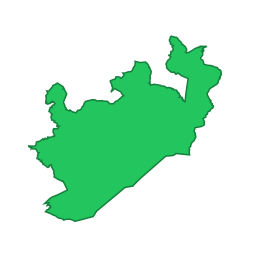 the district of Vicente Guerrero, Puebla, Mexico, rotated 81°
{"feature_id": "50627088B56083749221896", "entity_name": "Vicente Guerrero", "entity_type": "district", "adm_level": 2, "iso_a3": "MEX", "parent_name": "Mexico", "parent_adm1": "Puebla", "projection": "natural_earth1", "projection_center": [-97.21, 18.536], "detail": "fine", "context": "isolated", "style": "filled", "palette": "green", "viewbox_px": 256, "rotation_deg": 81, "n_neighbors": 0, "source": "geoboundaries", "source_scale": "gbopen_adm2", "svg_char_len": 5656}
<svg xmlns="http://www.w3.org/2000/svg" viewBox="0 0 256 256"><g transform="rotate(81 128 128)"><path d="M54.8,71.8L56.5,71.0L58.3,71.5L59.1,72.5L59.2,73.7L62.1,74.4L62.4,74.9L62.5,76.3L62.8,76.3L64.1,74.6L64.5,74.7L66.2,76.1L67.8,78.5L68.8,78.9L69.5,79.8L70.3,80.3L70.9,80.5L71.7,80.2L74.8,80.4L75.6,79.6L76.6,79.3L79.5,76.7L80.1,75.2L80.0,74.0L80.3,73.3L81.7,72.9L82.4,72.2L82.3,71.6L81.4,70.2L84.9,66.8L88.5,60.9L101.1,64.8L111.8,67.8L110.8,67.8L110.4,68.5L109.7,68.7L109.6,69.2L108.7,69.1L108.5,69.8L108.1,70.0L107.3,69.4L106.2,69.9L106.2,70.5L105.6,71.0L105.6,72.3L104.8,71.3L104.3,71.3L103.4,72.0L101.3,72.3L101.2,73.3L100.2,73.3L100.0,73.7L98.6,73.9L98.1,74.4L97.9,75.3L98.0,75.7L97.4,76.6L96.2,77.3L96.4,78.2L95.9,78.2L95.5,78.7L95.6,78.9L95.1,79.3L95.2,79.7L94.8,80.7L94.3,81.3L94.5,83.5L92.9,84.9L92.1,86.3L92.0,88.2L91.0,89.0L90.7,90.4L90.2,91.1L90.1,91.9L88.8,95.6L89.1,96.3L88.9,97.8L89.3,98.9L87.0,100.3L87.1,99.1L83.9,98.9L82.0,98.0L80.6,98.4L77.8,96.8L75.3,96.2L74.8,96.6L72.0,97.2L71.9,97.4L71.5,97.3L71.2,97.8L70.6,97.6L67.5,98.8L66.9,99.2L66.4,100.3L65.6,100.3L65.3,105.7L63.3,110.6L65.0,110.6L68.1,111.8L68.6,112.8L69.9,113.7L70.6,113.9L72.5,115.5L72.7,116.6L72.6,119.4L73.3,122.2L72.9,124.5L74.7,123.7L75.5,123.8L76.6,125.4L77.9,126.6L76.6,128.1L76.0,129.4L75.6,131.8L77.8,133.1L77.8,134.8L78.5,137.6L78.9,138.3L82.7,137.3L83.7,137.4L84.5,137.0L85.5,137.0L87.3,137.4L89.1,138.8L89.5,138.8L88.2,136.7L86.9,135.2L91.2,129.4L93.7,128.6L95.5,127.2L96.0,128.9L99.5,134.1L99.7,135.9L100.9,137.6L101.9,138.5L101.5,139.6L101.5,141.7L100.5,142.4L99.7,143.5L98.6,143.8L98.2,144.9L97.6,148.2L97.0,148.9L96.4,154.6L95.2,155.8L94.7,157.7L94.5,158.4L95.0,165.4L95.4,166.2L96.1,166.6L96.6,167.4L98.0,167.9L99.4,169.1L100.2,170.2L102.0,171.2L103.0,173.8L102.6,174.6L104.9,177.3L104.7,177.9L103.7,179.2L103.7,180.0L101.1,182.6L102.0,183.1L100.9,185.0L100.1,185.7L100.0,187.2L99.8,186.4L98.7,186.0L97.7,186.8L96.9,187.1L95.6,186.9L93.3,187.6L92.1,187.6L84.8,183.2L79.2,185.0L79.3,185.7L78.7,185.1L76.9,185.8L72.6,190.7L73.3,192.6L73.7,192.9L74.1,195.3L75.7,196.4L78.2,199.5L79.2,200.0L78.7,202.4L81.2,201.8L83.2,204.1L84.3,204.2L84.9,203.9L90.2,205.3L89.7,204.4L91.4,204.4L91.8,203.9L91.6,203.1L91.8,202.8L91.3,202.3L91.6,201.0L90.7,200.5L90.9,199.6L90.5,199.3L90.0,199.4L89.7,198.6L90.8,198.2L90.6,197.4L92.3,196.3L92.6,196.4L92.9,197.1L93.6,197.2L93.8,197.7L93.6,198.5L94.7,200.0L95.2,200.2L95.9,199.9L95.5,201.3L95.7,201.8L97.0,201.9L97.2,202.5L99.1,203.3L99.3,204.0L99.5,202.9L102.8,200.7L103.1,201.5L104.4,201.9L105.0,202.4L108.4,202.0L108.3,201.0L108.9,200.5L109.6,199.4L110.5,200.2L110.9,199.9L110.6,199.3L112.3,197.9L112.4,197.4L112.7,197.1L113.5,196.9L114.4,197.9L115.0,198.0L115.4,197.7L115.5,195.6L116.2,196.5L117.6,197.4L117.3,198.7L117.5,200.2L117.0,201.4L117.3,201.8L119.2,202.5L120.9,202.6L122.7,201.9L123.6,202.0L124.1,201.6L124.9,202.1L124.4,203.5L125.1,205.2L124.8,207.0L125.2,207.8L124.7,207.9L124.4,208.8L126.0,209.3L125.9,211.3L125.2,211.5L126.5,213.0L125.3,213.7L127.1,216.8L127.5,220.6L130.7,221.7L131.4,223.5L130.2,228.8L131.0,228.8L131.8,227.5L132.1,226.1L132.5,226.2L132.8,226.9L133.5,227.0L133.1,226.3L133.3,225.8L133.8,225.3L133.9,223.9L134.5,222.4L135.1,221.9L138.4,220.9L138.6,219.8L140.2,221.4L142.6,222.0L143.9,222.7L144.2,222.5L144.5,221.2L145.2,221.3L145.5,220.1L147.4,219.7L147.5,218.6L147.2,218.4L147.6,218.4L147.9,218.8L149.0,217.9L150.4,217.6L150.2,216.9L151.3,216.6L152.2,215.4L153.7,214.3L154.5,213.2L153.7,211.6L153.0,211.8L152.3,211.3L152.4,210.6L152.2,210.3L152.4,209.4L154.0,209.4L154.4,209.6L159.0,207.9L161.1,208.5L162.5,208.0L164.9,208.6L165.5,207.4L166.5,206.8L169.3,202.9L169.7,201.7L170.4,201.5L170.5,200.3L179.8,197.5L183.0,208.0L184.6,214.6L185.6,216.5L189.6,222.2L189.3,217.9L190.8,218.7L191.7,220.1L192.0,220.2L191.7,218.2L192.0,217.5L192.9,217.5L193.2,216.6L193.7,216.7L194.4,216.8L194.8,218.5L195.5,218.3L195.7,218.5L196.2,220.9L197.8,222.6L198.7,220.7L199.7,219.3L199.7,218.9L202.1,215.7L203.6,213.1L205.2,211.7L206.2,210.3L207.5,206.9L208.2,206.2L208.9,206.0L208.5,203.1L209.0,199.5L210.6,196.5L211.9,195.0L210.0,176.2L205.2,172.0L186.4,140.5L186.2,139.4L186.1,132.0L185.2,131.3L179.7,123.7L161.7,95.1L162.2,88.2L161.7,86.2L160.7,84.6L164.2,71.4L160.6,71.3L159.2,70.5L158.2,71.0L157.8,70.8L157.0,70.3L155.9,68.9L154.9,68.8L153.0,67.6L152.4,67.1L150.8,64.7L147.7,62.5L145.7,62.4L145.2,62.8L143.8,62.3L142.1,63.3L138.2,61.8L138.0,55.7L137.7,54.1L136.9,52.4L136.3,52.0L135.1,51.8L134.4,52.1L133.7,51.5L130.5,52.5L129.3,49.4L127.7,49.4L126.9,47.6L124.7,46.6L124.2,46.1L124.2,44.8L123.9,44.3L122.3,43.2L121.5,41.1L120.4,40.4L119.3,40.3L118.5,41.5L118.2,41.5L117.6,41.0L117.2,41.0L116.4,41.8L115.7,41.9L115.0,42.7L114.5,42.7L114.3,41.9L114.1,41.8L113.4,42.0L112.9,42.8L110.3,43.7L107.2,44.6L105.9,44.2L104.0,42.3L102.8,41.9L102.0,41.0L100.6,38.1L100.2,36.8L99.5,35.7L98.8,33.7L97.6,32.3L97.0,31.7L95.4,31.3L93.6,30.1L93.8,29.7L92.8,29.1L92.8,29.7L92.5,29.6L90.5,28.2L90.0,27.4L88.2,27.5L87.5,27.2L85.7,27.5L84.9,28.1L84.7,28.8L83.9,29.7L82.2,30.5L81.2,33.2L80.4,34.0L79.4,36.1L78.2,40.4L76.7,43.1L72.7,43.5L71.6,45.2L71.0,45.4L70.0,45.2L67.6,42.8L64.5,42.5L63.8,43.0L64.2,41.6L63.1,41.0L62.8,41.7L62.3,41.6L62.1,42.1L61.2,42.1L60.6,41.3L60.9,40.8L60.4,40.2L59.8,37.2L58.6,43.6L59.1,43.6L59.2,44.7L59.4,44.6L59.6,45.1L59.1,45.2L59.9,49.0L62.2,54.2L62.8,56.5L62.9,58.2L62.7,58.9L62.2,59.4L60.5,57.9L58.9,57.9L56.4,58.9L54.3,60.8L54.0,60.2L54.1,61.4L51.4,62.2L49.4,63.9L47.2,65.0L46.0,66.0L45.8,67.1L44.1,70.9L44.4,71.6L44.9,72.1L46.5,72.3L47.2,73.2L47.8,73.4L49.3,73.2L50.3,72.6L51.7,73.0L52.3,72.3L52.4,71.5L53.5,71.4L53.9,70.4L54.8,71.8Z" fill="#22c55e" stroke="#15803d" stroke-width="1.5"/></g></svg>